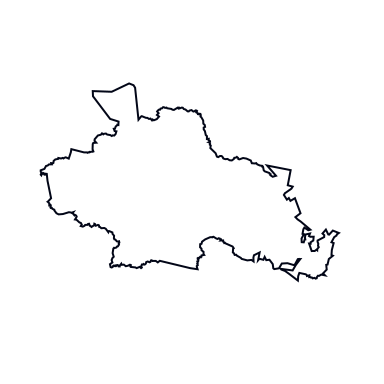 Mezquital, Durango, Mexico (Robinson projection), rotated 103°
{"feature_id": "50627088B27978292872391", "entity_name": "Mezquital", "entity_type": "district", "adm_level": 2, "iso_a3": "MEX", "parent_name": "Mexico", "parent_adm1": "Durango", "projection": "robinson", "projection_center": [-104.475, 23.057], "detail": "fine", "context": "isolated", "style": "outline", "palette": "ink", "viewbox_px": 384, "rotation_deg": 103, "n_neighbors": 0, "source": "geoboundaries", "source_scale": "gbopen_adm2", "svg_char_len": 6063}
<svg xmlns="http://www.w3.org/2000/svg" viewBox="0 0 384 384"><g transform="rotate(103 192 192)"><path d="M249.9,79.0L254.5,68.9L250.1,69.6L246.7,69.2L246.6,62.6L247.1,61.5L248.0,61.1L246.8,58.9L248.5,58.6L248.2,57.9L248.6,57.2L248.3,56.0L249.0,55.1L248.1,53.3L248.6,52.1L248.0,51.1L247.0,51.2L245.3,50.5L245.1,49.3L243.4,47.5L243.3,43.7L241.8,46.0L237.3,43.3L232.8,44.8L232.2,43.6L226.5,43.6L222.4,40.4L222.1,41.9L217.1,42.7L209.9,42.5L209.6,44.8L204.0,43.3L201.9,41.4L200.7,41.3L198.9,39.7L197.9,46.1L202.7,48.8L202.7,49.7L198.5,53.1L203.1,55.5L204.3,53.4L206.2,53.1L211.0,58.7L212.2,58.5L214.0,57.3L216.1,57.1L217.2,56.1L219.3,57.1L220.5,56.9L220.1,57.6L221.9,59.2L222.6,62.1L215.9,66.3L215.7,64.8L214.3,65.1L212.0,62.9L208.2,63.4L209.0,66.6L208.6,68.1L205.9,67.7L207.9,71.9L210.9,71.7L212.6,71.0L212.7,71.5L215.9,71.8L216.2,73.8L212.7,74.8L208.6,73.7L207.9,73.7L207.9,74.9L203.2,75.1L201.4,74.5L203.1,70.1L202.1,68.2L196.3,79.5L194.9,83.0L193.2,85.6L188.3,81.5L174.9,90.3L178.5,94.1L176.1,96.3L178.1,97.8L174.2,101.8L172.3,101.2L166.4,95.9L164.1,95.1L163.9,100.2L148.5,100.8L149.3,124.8L157.3,113.8L159.0,116.8L158.0,119.4L157.0,119.4L156.8,120.5L156.1,120.8L155.5,125.8L154.7,127.0L151.6,128.4L151.5,129.3L150.7,129.4L150.9,131.9L150.4,134.6L149.4,136.0L150.0,136.8L150.5,140.2L148.1,141.8L147.2,146.5L147.4,149.9L149.5,153.1L149.5,154.2L148.5,154.7L147.7,156.2L148.6,156.9L149.2,158.5L150.5,158.7L152.3,160.3L152.6,162.5L151.8,164.8L152.5,166.9L152.4,168.4L152.2,169.2L151.4,169.6L150.3,171.2L150.6,172.8L152.1,174.3L151.9,175.7L148.9,177.7L145.1,184.0L142.5,184.2L141.9,185.3L141.0,185.2L139.9,186.1L139.8,186.8L139.0,185.7L138.4,185.9L137.7,187.6L136.4,187.7L137.0,189.4L134.2,190.0L133.4,191.4L129.8,193.1L128.3,194.7L126.6,195.1L125.6,193.9L123.8,194.7L122.9,196.3L119.8,197.2L117.1,199.7L116.6,200.7L115.1,200.7L114.0,201.4L114.1,202.3L114.7,202.5L114.8,203.7L114.1,203.8L113.5,205.7L111.9,205.3L111.6,205.9L111.7,206.9L112.8,207.8L113.3,208.8L112.3,210.9L113.2,212.7L114.2,213.3L114.4,214.4L113.1,216.9L113.0,218.7L112.0,219.9L112.0,220.8L113.8,223.7L113.6,224.3L112.8,224.1L112.9,224.8L116.1,228.1L116.2,229.7L115.7,230.7L116.0,235.1L115.5,235.8L116.1,237.1L115.7,238.5L115.9,239.3L117.2,240.0L117.8,241.4L119.0,241.7L119.1,242.6L120.3,243.6L121.4,244.1L122.7,242.3L124.8,243.5L125.9,241.1L128.9,242.7L130.7,245.3L130.2,246.7L131.2,247.1L129.8,249.0L130.5,250.3L129.8,252.2L130.1,253.6L129.4,258.0L129.9,258.6L133.6,260.4L103.2,270.9L101.1,273.0L100.4,277.7L112.4,292.8L116.0,311.4L121.0,310.0L139.2,288.2L139.9,279.4L143.3,278.8L143.3,279.9L143.8,279.9L145.3,281.1L147.6,281.3L148.0,282.4L150.0,281.1L149.9,279.3L152.8,279.5L154.5,280.5L154.6,281.9L155.5,282.8L154.9,284.4L155.1,287.6L154.4,289.0L155.2,291.1L155.8,291.5L155.1,292.9L156.7,293.7L158.1,296.4L162.5,298.7L164.0,298.5L165.5,296.4L166.4,299.2L167.6,299.5L172.7,298.5L174.7,297.2L175.1,297.8L175.4,299.3L176.1,300.3L176.0,300.9L176.7,301.3L176.7,302.1L177.3,302.6L177.1,303.5L177.7,306.0L177.4,319.2L180.5,319.0L187.2,319.6L186.6,322.8L187.4,324.1L188.2,324.7L187.9,325.7L188.8,327.1L188.9,329.9L189.8,329.8L191.0,332.5L192.8,333.8L194.9,333.6L195.3,334.0L195.5,335.6L196.6,334.9L197.3,337.6L198.7,338.6L199.5,340.1L202.7,341.0L204.9,344.3L206.2,344.0L207.2,343.0L209.1,343.3L209.6,342.6L208.4,342.5L207.5,340.9L207.0,341.0L207.1,340.5L208.2,339.9L208.3,339.2L207.7,338.4L207.1,338.5L207.0,337.6L213.6,335.3L229.8,327.9L234.0,330.4L234.8,328.8L234.8,329.1L235.2,328.5L236.5,328.2L236.0,327.8L236.2,327.4L236.7,327.9L237.3,327.4L237.4,325.6L237.6,326.5L238.8,326.5L239.3,326.1L239.0,325.0L239.8,324.3L240.2,322.2L240.9,322.0L243.2,319.3L243.8,316.9L242.5,312.8L239.4,307.4L239.2,305.5L239.5,304.3L239.0,304.2L238.3,303.1L239.2,303.5L240.4,302.4L241.2,301.3L240.6,301.0L241.0,299.6L242.0,298.8L245.1,299.8L245.0,298.3L247.0,294.8L247.1,293.4L248.5,292.1L250.2,292.7L250.3,290.6L249.1,289.1L248.1,288.7L247.5,286.4L246.5,286.1L246.1,285.1L247.9,284.0L248.0,283.1L248.7,282.1L246.4,279.9L244.9,280.0L245.1,279.2L246.4,278.8L246.6,278.3L245.2,276.2L245.4,275.2L246.9,274.5L246.8,273.8L247.7,272.2L246.8,269.4L247.2,267.8L249.9,264.6L248.9,264.6L248.7,263.9L249.3,260.5L250.7,260.0L252.1,258.1L254.6,257.7L255.6,257.0L255.6,256.0L257.0,254.1L257.0,253.0L256.4,252.0L257.6,251.4L259.0,251.8L259.7,251.3L261.6,252.0L262.0,252.8L263.1,253.2L264.0,254.8L263.9,255.4L264.8,255.9L269.4,255.6L272.7,253.7L274.3,254.7L276.4,255.0L278.6,253.7L280.8,255.7L283.5,254.4L283.6,253.2L282.7,252.3L281.7,252.2L281.2,251.6L281.6,250.6L281.4,249.4L281.0,249.1L280.5,249.5L279.9,248.1L280.1,247.4L281.0,246.8L280.8,245.7L279.9,245.8L277.8,244.8L278.8,244.2L278.1,242.1L279.2,239.8L278.3,237.9L276.8,236.1L277.0,235.1L278.5,235.3L278.8,234.8L278.2,230.2L278.6,228.8L276.7,226.1L277.6,224.5L276.9,223.9L275.7,224.8L273.9,224.5L273.7,223.4L273.1,223.1L273.5,222.2L273.3,221.7L272.2,220.9L270.5,220.8L269.7,219.5L270.0,217.5L269.4,216.8L267.9,216.6L267.6,215.9L268.1,215.0L267.3,211.8L268.3,209.5L266.3,207.9L266.6,176.7L266.0,169.2L263.8,170.5L263.0,170.7L261.9,169.9L260.7,170.8L260.0,170.4L258.5,171.2L258.1,170.4L256.6,170.5L256.0,171.4L255.2,171.6L254.8,171.2L254.8,170.2L253.5,169.6L253.6,168.9L253.1,168.9L253.0,168.3L251.6,168.4L250.6,166.0L249.9,166.8L247.7,167.3L246.6,169.6L245.1,170.0L244.0,171.7L241.0,172.3L240.4,171.1L238.1,171.0L235.2,168.5L232.0,164.2L231.4,161.9L231.8,161.1L231.1,161.6L230.8,161.0L231.9,157.7L232.0,156.4L231.1,155.7L231.1,154.5L231.7,154.1L231.5,153.1L232.2,152.6L232.8,153.0L232.2,150.8L233.3,150.5L233.3,150.0L234.5,149.1L234.1,148.4L234.5,147.9L236.0,140.2L237.4,138.7L238.1,139.2L241.7,138.6L242.3,137.3L243.7,136.3L243.2,134.8L243.9,134.0L245.2,129.6L246.0,128.6L246.2,122.7L244.8,118.8L245.8,116.4L242.2,117.4L239.7,117.4L235.7,112.5L243.6,112.2L241.9,111.3L242.0,107.2L238.9,106.6L241.7,104.3L240.6,101.3L244.1,97.1L248.1,95.6L248.6,94.5L246.8,90.1L241.5,88.4L239.9,83.0L240.3,76.5L239.4,75.4L233.6,73.8L233.1,72.5L233.5,71.9L233.2,72.1L233.0,71.4L239.7,74.4L245.8,76.3L246.9,88.2L247.5,87.5L248.0,83.6L249.9,79.0Z" fill="none" stroke="#020617" stroke-width="2"/></g></svg>